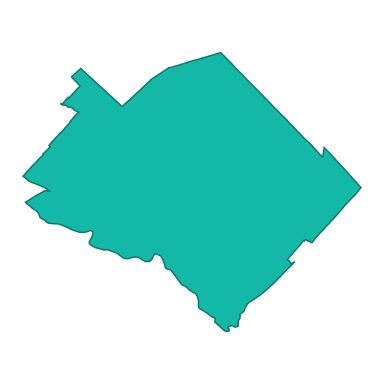 outline of Botesti, Neamt, Romania
{"feature_id": "2599482B78985950419724", "entity_name": "Botesti", "entity_type": "district", "adm_level": 2, "iso_a3": "ROU", "parent_name": "Romania", "parent_adm1": "Neamt", "projection": "mercator", "projection_center": [26.751, 47.065], "detail": "fine", "context": "isolated", "style": "filled", "palette": "teal", "viewbox_px": 384, "rotation_deg": 0, "n_neighbors": 0, "source": "geoboundaries", "source_scale": "gbopen_adm2", "svg_char_len": 5848}
<svg xmlns="http://www.w3.org/2000/svg" viewBox="0 0 384 384"><path d="M227.7,331.3L229.3,330.8L229.1,330.3L229.0,329.3L228.7,328.6L228.4,327.8L228.1,327.3L228.0,327.0L227.9,326.7L229.0,326.6L230.0,326.2L230.4,326.0L230.6,325.7L230.7,325.8L230.8,325.9L231.3,325.9L232.0,325.6L233.0,325.9L233.6,326.4L234.2,326.9L235.2,327.1L236.1,327.0L236.8,326.7L237.6,326.3L238.1,326.0L238.3,325.7L238.2,325.3L238.2,324.4L238.3,323.0L238.2,322.4L238.4,321.7L238.1,321.1L238.3,320.7L238.6,320.4L238.8,319.8L239.6,319.2L240.0,317.9L240.0,317.5L240.1,315.8L240.0,314.6L239.9,314.3L241.0,313.8L241.9,313.2L244.3,310.7L244.8,308.8L245.7,307.0L246.6,305.5L247.1,304.2L247.1,303.7L248.3,303.3L248.4,303.2L248.6,302.9L248.9,302.6L249.2,302.4L249.6,302.2L251.4,301.1L252.5,300.2L253.4,299.6L254.2,299.1L255.5,298.2L256.2,297.7L257.0,297.1L258.9,295.9L261.0,294.5L263.0,292.8L264.0,292.0L270.0,286.7L271.2,285.7L280.4,276.5L285.6,271.0L287.0,269.7L287.5,269.1L288.9,267.8L291.2,265.5L294.2,262.3L294.8,261.6L294.5,261.8L293.8,262.2L293.0,262.7L292.2,263.4L291.9,263.7L291.5,263.6L291.0,262.9L290.6,262.4L289.9,261.6L289.2,261.0L287.2,259.7L287.6,259.3L288.3,258.5L289.5,257.2L290.4,256.1L291.1,255.3L291.6,254.7L292.3,253.9L292.8,253.2L293.6,252.4L294.8,251.0L295.2,250.5L296.0,249.6L297.8,247.5L298.4,246.9L298.7,246.5L300.4,244.6L301.1,243.7L302.2,242.3L303.4,240.9L303.6,240.6L304.4,241.1L304.8,240.5L305.3,239.6L308.3,241.2L308.5,240.9L311.8,242.7L312.2,242.3L312.3,242.2L313.3,241.0L314.3,239.7L315.1,238.4L316.4,237.1L317.9,235.3L320.4,232.7L323.1,230.0L325.8,226.9L326.8,225.8L327.2,225.3L328.4,224.2L330.4,222.1L331.1,221.1L332.0,220.1L332.6,219.5L333.9,218.2L336.0,215.9L337.0,214.8L339.0,212.5L340.6,210.7L341.8,209.2L344.5,205.9L344.9,205.5L345.7,204.7L347.2,203.0L348.4,201.7L348.8,201.2L349.3,200.8L349.7,200.4L350.8,199.1L352.7,197.2L354.5,195.3L355.4,194.4L357.2,192.4L357.5,192.0L360.3,188.5L361.0,187.7L352.1,177.6L344.3,169.0L343.4,168.1L342.0,166.4L340.3,164.7L335.2,159.2L334.8,158.8L334.3,158.1L331.3,154.8L328.2,151.7L324.2,147.5L324.1,148.7L323.3,153.3L323.0,155.7L322.8,157.0L322.5,157.0L322.1,156.6L321.0,155.5L320.2,154.6L319.5,153.8L318.8,153.1L318.0,152.2L317.1,151.3L316.5,150.8L316.0,150.1L314.0,147.9L311.7,145.4L310.6,144.3L310.2,143.8L309.1,142.7L307.7,141.7L306.8,140.9L305.7,139.8L304.3,138.4L302.1,136.0L300.9,134.8L300.5,134.3L299.7,133.4L298.3,132.1L296.3,130.0L294.4,128.1L292.1,125.7L289.3,122.9L288.4,122.0L287.9,121.2L286.7,119.8L285.5,118.6L284.8,118.0L284.0,117.1L281.3,114.6L278.5,111.7L274.9,108.1L271.6,104.7L264.3,97.1L262.7,95.5L260.7,93.5L259.7,92.4L258.9,91.5L257.9,90.6L254.4,87.1L254.0,86.6L252.7,85.4L251.8,84.4L251.2,83.8L250.7,83.2L249.5,82.2L248.9,81.6L248.0,80.7L246.7,79.4L245.8,78.4L245.2,77.8L244.3,76.8L243.0,75.5L242.6,75.1L242.3,74.8L242.1,74.6L242.0,74.4L241.5,73.9L240.4,72.8L239.8,72.2L239.1,71.6L237.7,70.1L235.3,67.7L233.7,66.0L232.4,64.5L231.1,63.0L230.1,62.0L228.8,60.8L227.2,59.2L226.1,58.1L222.2,54.1L220.8,52.7L218.7,53.2L216.8,53.8L214.9,54.4L213.3,54.9L209.7,55.9L209.2,56.1L208.6,56.2L206.4,56.9L204.5,57.4L201.2,58.4L200.1,58.8L197.6,59.6L195.7,60.0L195.4,60.0L193.2,60.6L190.9,61.3L189.3,61.8L188.6,62.0L187.8,62.3L181.9,64.2L178.6,65.2L174.8,66.3L173.1,66.8L169.6,67.7L169.2,67.6L168.9,67.7L152.8,78.4L150.4,80.0L150.6,80.5L147.5,82.7L147.5,83.2L147.4,83.3L146.4,84.1L143.6,86.7L142.3,88.0L138.7,91.3L136.4,93.4L131.0,98.5L128.4,100.9L126.1,102.9L125.9,103.0L125.4,103.3L123.4,105.4L122.2,106.5L114.1,99.1L103.4,89.3L90.2,77.2L83.5,71.0L80.8,68.5L71.5,76.8L71.5,77.1L80.1,85.9L68.6,98.2L67.9,97.4L62.4,104.0L62.0,104.0L61.7,103.9L61.6,103.7L61.2,103.6L60.9,103.6L60.8,104.0L61.9,104.8L63.8,105.1L65.7,105.3L66.3,105.6L66.7,105.9L67.2,106.3L67.5,106.7L68.2,107.1L68.8,107.3L69.6,107.3L70.1,107.2L71.2,107.5L72.0,107.8L74.2,110.0L76.1,111.1L78.9,112.0L77.3,113.4L77.1,113.5L76.6,114.2L74.6,116.4L71.7,119.8L70.1,121.5L70.4,121.9L68.8,123.8L65.2,127.8L60.5,133.2L60.2,133.0L58.3,135.1L55.0,138.6L52.2,141.7L49.0,145.3L50.2,146.9L48.2,148.9L46.6,150.5L43.6,153.4L42.7,154.3L43.1,154.9L41.5,156.5L39.7,158.2L30.8,167.6L30.1,168.4L26.7,172.2L25.0,174.2L23.0,176.2L23.2,176.5L23.3,176.6L24.0,177.1L24.9,177.7L26.2,178.7L27.3,179.8L28.4,180.6L28.7,181.0L29.3,181.4L30.8,181.9L32.2,182.7L34.9,183.5L38.9,185.1L43.1,186.9L44.7,187.8L46.5,188.8L49.2,190.9L49.4,191.1L48.9,191.0L48.0,190.9L47.0,190.9L46.3,190.8L45.2,190.7L44.1,191.0L43.7,191.2L43.2,191.5L42.7,192.0L42.4,192.2L42.2,192.3L41.7,192.5L40.9,192.9L40.2,193.4L39.5,193.7L38.6,194.2L38.4,194.3L37.9,194.5L25.5,202.2L27.4,204.3L29.5,205.6L31.6,207.7L33.9,209.3L35.7,210.4L36.9,211.5L37.8,212.6L38.7,213.8L39.4,215.6L40.2,217.7L42.1,218.8L44.3,220.0L45.8,221.3L47.0,222.5L48.8,223.2L51.3,223.5L53.5,223.7L56.0,223.7L57.4,223.8L59.2,224.2L61.6,224.9L65.8,226.8L68.6,228.0L70.0,228.8L72.6,230.0L76.0,231.1L79.3,232.2L82.5,232.3L85.2,232.3L87.7,231.4L89.6,230.6L91.0,230.7L92.8,231.9L92.9,233.5L91.9,237.1L90.7,239.0L89.3,241.9L89.3,243.5L90.5,244.8L93.5,246.6L95.9,247.7L104.2,250.0L107.0,249.7L108.7,250.1L112.5,251.6L115.5,252.6L117.7,253.8L121.6,256.8L123.7,258.1L126.2,258.7L128.7,258.6L130.7,257.9L133.5,257.2L135.5,257.0L137.8,257.2L140.7,258.7L142.8,260.2L145.6,261.5L147.6,261.6L149.4,261.5L151.1,260.2L152.0,259.0L153.1,256.6L154.1,254.7L154.8,254.0L155.9,254.0L157.2,254.1L158.4,254.9L160.9,256.0L162.8,259.7L164.1,263.0L165.2,266.7L165.3,267.8L166.5,268.6L167.6,269.2L169.1,269.5L170.6,269.8L173.4,273.3L176.6,277.7L178.9,281.0L181.4,284.2L182.0,284.9L184.6,286.0L187.1,287.7L189.4,290.0L193.1,292.4L195.2,293.3L197.4,296.5L198.0,298.6L198.6,300.9L198.4,304.6L198.6,307.0L199.0,308.1L200.9,309.4L203.4,310.8L207.7,313.5L209.5,315.1L211.3,316.6L212.6,317.3L213.6,317.1L214.5,317.7L215.1,318.7L215.0,320.7L214.8,322.1L218.5,325.2L221.8,328.4L224.3,330.5L225.7,331.2L227.7,331.3Z" fill="#14b8a6" stroke="#0f766e" stroke-width="1.5"/></svg>